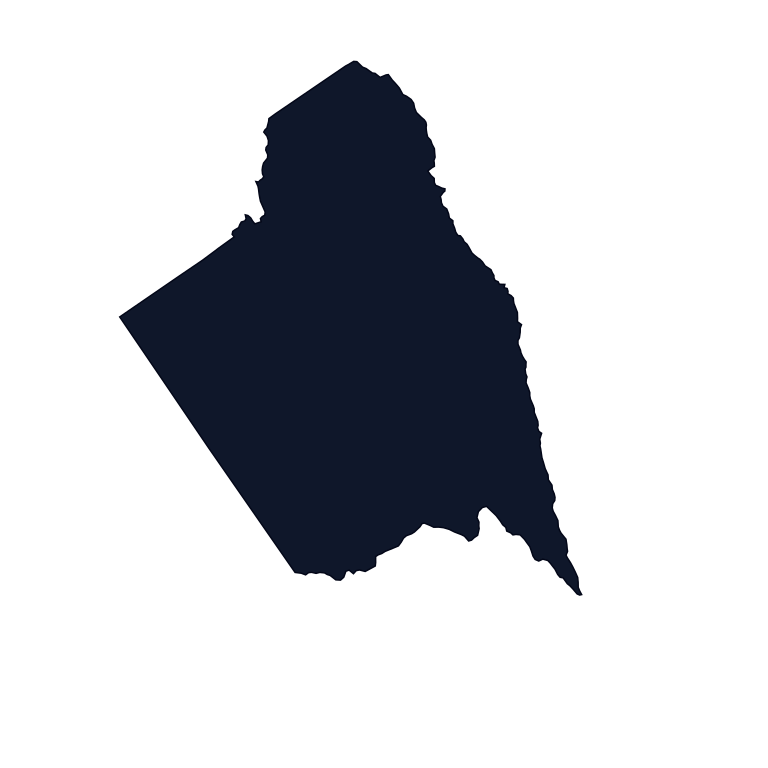 the district of Parecis, Rondônia, Brazil, rotated 326°
{"feature_id": "56859067B9929029534731", "entity_name": "Parecis", "entity_type": "district", "adm_level": 2, "iso_a3": "BRA", "parent_name": "Brazil", "parent_adm1": "Rondônia", "projection": "equal_earth", "projection_center": [-61.327, -12.313], "detail": "fine", "context": "isolated", "style": "filled", "palette": "ink", "viewbox_px": 768, "rotation_deg": 326, "n_neighbors": 0, "source": "geoboundaries", "source_scale": "gbopen_adm2", "svg_char_len": 3849}
<svg xmlns="http://www.w3.org/2000/svg" viewBox="0 0 768 768"><g transform="rotate(326 384 384)"><path d="M530.0,98.9L445.1,99.3L437.0,99.6L435.1,101.9L432.6,104.1L430.1,106.3L427.3,106.8L425.2,107.9L425.6,113.2L424.3,117.6L421.7,121.0L418.6,121.9L416.8,123.9L415.8,129.0L413.7,131.6L407.7,133.5L404.9,135.9L402.7,138.4L400.8,141.8L400.2,145.0L397.8,145.8L395.4,145.8L392.9,146.3L391.0,144.5L390.1,149.6L389.1,152.0L386.8,156.5L385.5,159.3L383.8,163.3L382.6,169.9L381.7,174.9L379.5,177.4L376.7,177.1L374.1,177.7L372.9,180.8L370.0,180.0L366.5,179.0L366.2,175.6L366.4,171.7L365.4,168.2L363.6,166.2L362.1,169.9L359.7,171.0L356.3,169.9L353.6,171.2L350.9,173.1L346.5,172.8L344.0,172.9L341.8,175.0L342.1,178.3L322.7,178.9L317.7,179.2L302.7,179.9L275.0,180.0L214.1,180.5L202.4,180.6L202.7,261.2L202.9,339.6L204.9,490.5L209.6,494.6L212.3,498.4L215.9,498.2L218.6,499.6L221.8,503.0L225.4,504.3L229.1,507.4L230.4,510.2L232.3,512.6L234.5,519.4L238.3,522.3L242.6,521.7L247.7,517.9L251.0,518.8L252.6,524.2L256.6,523.2L259.7,524.5L263.6,528.9L266.5,529.2L275.0,530.0L277.3,527.3L278.8,525.0L280.6,522.4L283.7,522.4L287.3,523.3L291.3,523.4L299.9,525.2L305.4,526.3L309.9,524.7L314.0,522.7L317.8,522.3L323.1,523.6L326.5,523.7L333.9,522.5L337.6,521.0L339.7,521.9L343.1,527.0L345.1,530.5L349.3,533.2L353.0,536.4L356.8,541.0L359.7,546.1L363.9,552.1L365.6,555.2L366.4,561.5L369.3,562.4L372.8,561.8L377.0,561.8L382.0,557.1L383.2,554.7L385.5,551.6L386.3,546.8L390.9,542.6L396.5,541.4L400.6,542.8L403.4,555.8L403.8,562.8L403.7,567.1L404.8,571.0L403.5,574.6L405.8,578.2L406.5,581.2L409.3,582.5L412.5,585.2L413.6,591.3L413.7,595.8L413.9,600.4L412.9,604.5L411.3,610.0L411.2,614.0L413.3,617.3L417.7,618.0L421.1,621.9L421.7,625.7L421.9,629.3L422.2,633.1L421.5,639.0L421.9,642.7L424.1,644.9L424.3,652.1L425.3,655.2L426.0,659.6L426.7,666.0L428.2,668.4L430.1,669.1L430.5,665.1L431.3,661.2L434.1,656.9L436.4,652.7L437.4,647.0L438.2,641.4L438.7,636.3L438.8,630.6L439.2,627.7L442.6,625.4L443.9,622.7L445.6,619.7L448.1,614.4L447.8,611.4L447.4,606.6L447.7,603.6L448.6,599.9L451.8,594.5L452.6,589.2L453.1,584.1L454.2,580.8L456.9,577.6L460.4,576.1L462.4,573.6L463.7,570.2L464.6,565.6L466.7,561.8L466.7,555.3L469.2,551.0L469.6,548.4L470.3,544.3L472.3,538.2L473.7,533.5L476.4,527.9L477.6,525.4L478.7,522.5L480.6,520.5L482.3,516.8L487.1,513.0L485.9,509.9L486.8,506.2L488.7,504.4L490.6,501.0L492.7,491.5L494.7,488.5L495.6,485.5L496.9,478.5L498.3,475.2L500.1,472.6L501.3,468.1L502.4,462.5L504.5,459.8L506.5,458.1L507.2,454.8L509.3,450.5L511.1,449.4L512.5,447.3L514.2,445.1L514.1,442.3L514.3,438.4L515.0,434.7L516.1,432.1L517.3,426.0L519.4,422.8L522.1,421.4L525.8,417.3L528.3,413.8L531.2,411.7L529.5,407.0L531.5,404.2L534.6,399.3L535.9,393.7L536.7,390.0L537.9,387.4L539.3,385.1L538.8,381.8L537.1,378.4L538.6,376.6L539.5,373.7L537.4,371.3L539.9,369.0L538.0,367.7L535.4,365.7L535.8,363.0L534.0,360.3L534.5,357.5L535.8,355.5L536.0,352.4L536.6,349.1L533.9,342.6L533.9,337.8L533.2,334.1L532.2,331.9L531.0,328.0L530.2,324.6L530.8,318.2L531.0,314.6L530.0,310.9L530.5,307.8L530.2,303.9L528.3,302.1L528.4,298.2L529.7,294.3L530.7,289.7L532.4,287.2L531.0,282.9L532.7,279.1L533.9,274.0L532.3,269.5L533.0,265.8L534.6,262.8L535.6,259.9L537.8,259.2L540.2,258.3L542.3,258.1L543.7,256.3L541.5,253.9L539.5,250.5L537.9,248.1L538.4,245.1L540.6,241.6L539.6,237.6L539.4,231.9L544.8,231.5L547.5,231.7L549.2,229.0L550.3,226.7L553.2,224.5L555.2,220.8L557.4,217.0L557.9,212.2L559.0,208.0L558.3,203.6L559.7,200.0L560.9,197.5L562.3,195.0L564.0,193.0L565.1,190.4L565.1,187.5L564.1,183.9L562.7,177.0L563.7,172.3L565.6,167.8L565.6,163.3L563.6,158.0L561.5,154.6L562.2,147.3L561.9,144.2L561.4,140.3L560.8,136.6L560.7,132.9L560.6,129.9L558.5,128.9L555.4,128.3L552.2,127.6L550.3,121.5L548.2,119.6L545.6,112.5L543.4,109.3L541.8,101.6L539.3,99.6L532.8,99.2L530.0,98.9Z" fill="#0f172a" stroke="#020617" stroke-width="1.5"/></g></svg>